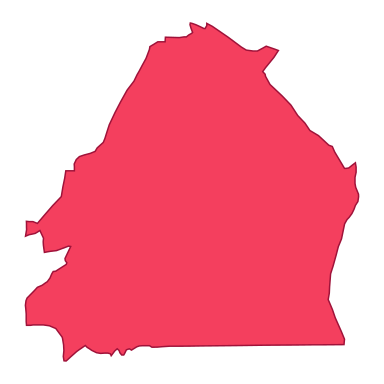 outline of Baquba, Diyala, Iraq
{"feature_id": "34846034B22760566253423", "entity_name": "Baquba", "entity_type": "district", "adm_level": 2, "iso_a3": "IRQ", "parent_name": "Iraq", "parent_adm1": "Diyala", "projection": "natural_earth1", "projection_center": [44.628, 33.645], "detail": "fine", "context": "isolated", "style": "filled", "palette": "rose", "viewbox_px": 384, "rotation_deg": 0, "n_neighbors": 0, "source": "geoboundaries", "source_scale": "gbopen_adm2", "svg_char_len": 2782}
<svg xmlns="http://www.w3.org/2000/svg" viewBox="0 0 384 384"><path d="M62.0,336.9L62.4,337.8L62.6,338.9L62.9,340.7L63.6,345.0L63.7,347.3L63.9,350.5L63.3,356.5L64.0,360.8L66.1,361.0L67.4,359.9L70.5,357.0L74.8,353.2L75.9,352.2L77.1,351.2L79.3,349.6L81.1,348.4L83.1,347.0L85.3,345.5L87.2,347.4L89.2,348.6L91.8,350.4L96.5,352.7L100.6,353.4L104.7,353.1L107.9,353.1L110.4,353.8L111.2,355.7L111.9,354.8L114.8,350.9L117.2,348.8L119.1,350.5L119.9,352.8L120.8,353.9L121.7,355.0L123.7,355.0L124.4,353.9L125.5,351.7L126.4,349.8L129.3,348.8L131.5,350.1L136.8,346.8L139.5,345.9L142.6,345.7L148.7,345.7L149.5,345.7L151.9,347.2L157.4,347.1L162.0,346.7L169.7,346.2L177.6,346.2L189.5,346.1L202.8,345.9L213.5,345.8L223.4,345.7L232.9,345.6L241.6,345.5L263.7,345.2L277.4,345.1L294.5,345.0L312.9,344.8L320.7,344.8L344.0,344.6L344.5,339.2L341.5,331.9L335.2,317.7L332.4,309.5L328.2,299.6L329.3,293.1L329.6,286.7L330.6,273.8L333.1,266.0L336.2,254.9L338.3,246.7L341.5,238.9L344.6,223.9L347.0,219.6L349.1,217.4L351.9,213.6L354.0,209.3L355.4,205.4L357.9,201.5L358.6,196.8L358.5,194.2L355.7,187.3L355.0,183.4L355.0,177.4L356.1,172.3L356.1,167.1L355.5,163.6L355.4,162.8L352.6,164.9L348.7,168.0L345.9,168.4L344.5,168.4L341.7,163.7L334.7,152.0L332.3,146.5L328.8,145.2L318.6,135.7L309.9,130.5L305.0,123.2L297.7,115.5L291.0,105.2L282.3,96.1L270.0,84.5L265.5,76.3L265.3,75.1L265.1,74.2L262.7,71.6L265.5,67.7L273.9,57.4L278.4,50.5L274.9,49.2L266.2,46.2L262.3,48.4L257.4,51.0L252.9,51.0L251.6,50.8L246.3,50.1L241.4,47.1L228.1,37.2L212.4,26.4L206.8,23.4L206.8,25.6L206.0,26.9L205.2,28.5L203.9,28.5L200.0,26.6L195.8,24.7L192.1,23.4L190.3,23.0L190.0,24.7L191.1,28.5L192.6,32.4L191.6,33.4L188.7,35.0L186.4,36.9L184.0,36.9L179.3,37.6L165.4,37.2L165.1,41.8L162.3,41.8L157.8,41.8L153.1,44.7L149.9,46.6L149.4,49.5L147.6,54.3L146.0,58.5L142.1,65.6L139.2,71.1L137.1,74.7L134.0,81.1L127.5,89.6L126.9,90.5L120.3,102.4L115.1,112.4L109.3,124.7L107.0,131.8L104.9,138.5L103.3,142.4L97.2,147.9L95.1,151.4L90.2,153.4L84.1,155.0L79.4,156.6L76.3,159.5L74.2,164.0L74.4,166.9L74.4,170.8L73.1,170.8L65.8,170.8L64.7,178.2L62.9,186.9L61.3,196.6L52.7,205.6L44.3,215.3L37.4,223.4L32.9,221.6L29.1,221.6L26.4,221.3L26.5,223.5L26.5,227.5L26.6,229.6L25.5,236.2L29.1,234.7L32.1,234.1L35.2,233.4L37.6,232.0L39.9,230.5L43.5,238.2L43.2,241.7L43.4,245.2L44.4,252.4L47.0,251.9L50.5,251.3L56.5,250.6L68.6,246.1L70.7,246.5L65.0,258.5L65.3,260.7L66.8,262.7L66.3,264.4L63.0,266.5L58.3,269.5L55.7,271.2L53.2,271.5L51.8,273.8L51.4,274.7L49.9,278.2L49.2,279.1L47.3,281.7L45.3,283.0L42.1,285.3L37.4,287.3L34.0,291.0L27.1,298.0L26.5,299.5L26.0,300.7L25.4,305.3L25.8,309.0L26.2,314.0L26.2,317.6L26.2,321.7L26.5,325.3L30.6,325.3L33.2,324.9L38.8,324.9L43.2,324.9L49.5,325.8L50.6,326.3L55.8,328.5L62.0,336.9Z" fill="#f43f5e" stroke="#9f1239" stroke-width="1.5"/></svg>